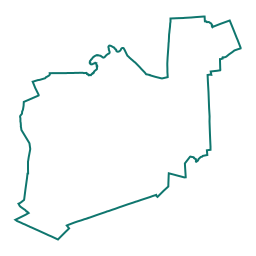 Dobrotesti, Teleorman, Romania (Albers equal-area conic projection)
{"feature_id": "2599482B98180276767532", "entity_name": "Dobrotesti", "entity_type": "district", "adm_level": 2, "iso_a3": "ROU", "parent_name": "Romania", "parent_adm1": "Teleorman", "projection": "albers", "projection_center": [24.898, 44.284], "detail": "fine", "context": "isolated", "style": "outline", "palette": "teal", "viewbox_px": 256, "rotation_deg": 0, "n_neighbors": 0, "source": "geoboundaries", "source_scale": "gbopen_adm2", "svg_char_len": 5438}
<svg xmlns="http://www.w3.org/2000/svg" viewBox="0 0 256 256"><path d="M157.5,196.9L157.7,196.7L159.6,194.8L163.5,190.9L168.3,186.5L168.4,182.7L168.7,174.9L168.8,173.3L184.3,177.4L184.5,177.4L185.7,177.3L185.7,176.9L185.0,165.8L184.9,163.4L185.2,163.0L189.7,157.2L189.9,156.9L190.3,156.6L190.6,156.6L191.6,156.9L192.9,157.1L193.4,157.2L193.9,157.5L194.1,157.8L194.1,158.2L195.0,158.7L195.9,159.2L195.9,159.3L195.9,159.6L195.8,159.8L196.3,160.4L196.3,160.5L196.1,160.7L196.1,161.0L195.9,161.3L195.9,161.5L196.0,161.7L196.2,161.8L197.3,161.1L197.6,160.9L198.2,160.1L198.3,159.5L198.6,159.0L199.4,158.3L200.2,157.5L200.8,157.0L202.2,156.6L202.8,155.9L207.3,155.0L206.9,150.3L210.5,149.8L210.5,146.6L210.2,140.1L209.9,132.6L209.5,121.4L209.6,116.4L209.1,108.2L208.5,92.1L207.9,81.6L207.6,75.0L208.8,74.8L209.6,74.6L211.3,74.8L210.9,72.6L210.7,71.5L214.9,71.0L216.9,70.8L220.2,70.3L220.3,70.1L220.3,69.9L220.2,68.0L220.0,60.7L220.0,59.1L220.9,59.1L222.4,58.6L222.3,58.4L222.4,58.0L222.5,57.5L222.6,57.3L222.9,57.3L222.9,57.5L223.2,57.6L223.7,57.4L224.7,57.3L226.4,56.6L226.7,56.3L227.2,55.9L229.0,54.4L232.2,52.2L234.0,50.8L234.3,50.5L238.0,49.2L238.7,49.0L240.6,48.4L240.6,48.1L240.6,47.7L237.4,39.4L237.0,38.6L232.9,28.3L230.6,22.7L229.7,20.5L220.3,23.9L214.2,26.3L212.6,27.0L212.4,27.2L212.1,26.8L211.8,25.9L211.9,25.6L212.1,25.4L211.9,25.2L211.9,24.8L211.7,24.7L211.6,24.3L211.3,23.8L211.2,23.6L210.9,23.3L210.3,23.1L210.0,22.8L209.4,22.3L209.1,22.2L208.7,22.1L208.4,22.0L207.6,22.1L206.8,22.1L206.5,22.0L206.2,21.5L206.2,21.4L205.2,21.3L204.9,21.3L204.8,20.1L204.6,16.5L204.0,16.5L195.7,17.1L191.2,17.5L190.9,17.5L184.1,17.9L183.8,18.0L177.1,18.2L170.5,18.5L170.5,21.8L170.2,23.5L170.0,26.7L169.6,30.0L169.3,32.9L169.1,34.3L168.9,39.1L168.8,40.5L168.8,41.5L168.6,42.8L168.4,46.4L167.6,57.5L167.3,63.3L167.3,65.1L167.4,68.6L167.4,72.0L167.6,75.0L167.7,77.1L167.0,77.3L162.2,78.4L161.7,78.4L160.4,78.1L155.2,76.8L150.1,75.3L150.1,75.1L149.6,74.9L149.4,74.9L149.4,75.0L147.7,74.5L146.9,74.4L146.2,74.3L145.8,73.9L145.6,73.5L144.7,72.4L141.2,68.8L139.9,67.3L135.4,62.7L134.7,62.1L134.1,61.7L132.0,59.8L131.4,59.4L130.5,58.5L129.6,57.8L128.7,56.8L128.0,56.2L127.5,55.8L126.9,54.7L124.6,49.9L123.6,48.2L123.2,48.0L122.5,48.0L122.3,48.0L121.7,48.3L121.3,48.7L121.0,49.3L120.6,50.1L120.1,50.7L119.3,51.3L118.2,51.7L117.4,51.7L117.0,51.5L116.5,51.1L116.3,50.8L116.3,50.3L116.3,50.1L116.0,49.5L115.8,49.4L115.5,49.4L114.7,48.5L114.4,48.2L114.4,47.8L114.2,47.6L113.8,47.4L112.5,46.8L111.9,46.4L111.4,46.1L110.3,45.7L109.7,45.6L109.3,45.6L108.7,46.2L108.6,46.5L108.4,46.8L108.4,47.1L108.5,47.6L108.6,48.0L108.8,48.5L108.8,49.4L108.9,49.6L108.9,50.0L109.5,51.4L109.6,52.1L109.6,52.3L109.6,52.7L109.3,53.2L109.0,53.5L108.1,53.9L107.8,54.1L106.7,54.9L105.7,55.8L105.5,56.2L104.6,57.1L104.4,57.3L103.8,57.5L103.5,57.6L103.2,57.6L102.5,57.2L102.3,57.0L100.9,56.1L100.8,55.9L99.9,55.6L99.5,55.6L99.2,55.6L98.5,55.3L98.2,55.3L97.8,55.1L97.2,55.1L97.0,55.4L96.5,55.2L94.9,56.0L94.3,56.3L94.1,56.6L93.7,56.8L93.3,57.2L92.9,57.4L92.3,58.3L92.2,58.6L91.3,59.4L91.0,59.7L90.9,59.8L90.8,60.3L89.9,61.2L89.9,61.6L89.8,62.2L89.8,62.6L90.2,62.7L90.3,62.8L90.2,63.0L89.9,63.2L90.3,63.8L90.5,64.1L90.9,64.3L91.3,64.4L92.5,64.2L93.6,63.5L94.4,63.4L94.8,63.3L95.1,62.8L95.5,62.8L95.8,63.1L96.2,63.2L96.1,63.4L96.2,64.0L96.3,64.2L96.4,64.3L96.5,65.0L97.1,65.4L97.1,65.9L97.2,66.1L96.7,66.4L96.7,66.5L96.7,66.8L97.0,67.4L97.1,67.7L96.9,68.6L96.9,69.0L96.8,69.3L96.5,69.5L95.1,70.6L94.3,71.3L94.2,71.5L94.1,71.8L93.9,71.9L93.9,72.3L93.8,72.6L93.1,73.0L92.8,73.0L92.7,73.1L92.7,73.3L92.9,73.5L92.3,73.9L91.9,73.9L91.5,74.4L91.1,74.6L90.8,74.9L90.8,75.1L90.7,75.1L90.1,75.1L89.5,74.9L89.0,75.3L88.7,75.3L88.5,75.1L88.2,74.8L88.0,74.4L88.0,74.2L87.9,74.1L87.1,74.1L86.9,74.0L86.8,73.6L86.7,73.1L86.5,72.9L85.5,73.0L83.8,73.1L83.3,73.0L82.9,72.8L81.1,72.8L74.5,72.9L73.8,73.0L67.3,73.0L66.5,73.1L55.5,73.1L49.7,73.2L49.8,74.0L49.8,74.5L49.6,74.9L49.2,75.4L47.1,76.7L46.0,77.2L45.5,77.9L45.2,78.2L44.6,78.4L39.6,79.9L37.9,80.1L35.0,81.0L33.5,81.5L32.7,81.7L35.3,88.1L37.1,91.7L38.4,94.3L38.6,94.8L38.7,95.2L38.6,95.5L23.8,101.9L23.6,105.7L23.3,107.6L23.1,108.8L22.9,109.8L22.1,111.7L22.1,112.1L22.0,113.5L21.9,113.8L20.6,115.4L20.3,115.8L20.1,116.5L20.1,117.0L20.4,118.2L20.4,121.5L20.7,122.9L20.8,124.4L20.9,125.8L20.8,126.7L21.0,127.1L21.4,129.9L21.6,130.3L29.3,143.0L29.5,143.6L30.0,147.2L30.2,148.5L30.2,148.9L30.2,149.3L29.9,151.0L28.7,157.3L28.2,160.6L28.0,161.6L28.0,163.9L28.0,165.9L28.0,168.9L28.1,173.5L27.5,173.6L27.0,178.2L25.4,189.7L24.2,199.2L24.0,200.0L22.8,200.9L21.2,202.2L19.5,203.3L18.5,203.7L18.9,204.4L19.5,205.6L19.8,206.0L20.2,206.5L21.4,207.4L22.4,208.1L23.8,209.1L24.9,209.8L25.3,210.1L26.6,211.6L26.9,211.7L27.1,211.6L27.3,211.7L27.9,212.3L28.3,212.7L28.6,213.0L25.7,214.7L15.4,219.8L16.1,220.3L17.0,221.0L21.0,222.7L23.2,223.8L24.6,224.3L28.6,226.2L29.2,226.4L30.0,226.9L31.4,227.4L36.0,229.5L37.4,230.1L46.8,234.4L48.0,235.0L51.6,236.5L55.6,238.4L58.0,239.5L58.8,238.6L61.5,235.9L65.7,231.7L67.5,230.0L69.1,228.4L66.8,225.5L68.9,224.6L69.8,224.3L74.5,222.5L77.7,221.4L81.1,220.4L83.4,219.6L84.1,219.3L86.0,218.8L87.6,218.2L87.6,218.3L93.8,216.1L96.0,215.3L99.5,214.1L105.7,212.0L107.1,211.4L108.8,211.0L112.4,209.7L115.2,208.8L120.3,206.9L121.0,206.7L127.9,204.3L133.2,202.6L136.0,201.6L137.2,201.3L140.9,200.0L149.8,197.1L152.5,196.1L156.2,194.9L156.3,195.3L156.4,195.9L156.6,196.1L157.5,196.9Z" fill="none" stroke="#0f766e" stroke-width="2"/></svg>